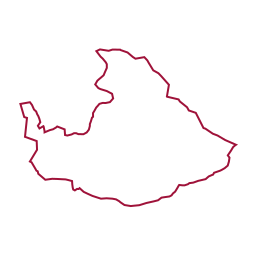 the district of Riyom, Plateau, Nigeria, rotated 273°
{"feature_id": "59680162B48237076936000", "entity_name": "Riyom", "entity_type": "district", "adm_level": 2, "iso_a3": "NGA", "parent_name": "Nigeria", "parent_adm1": "Plateau", "projection": "robinson", "projection_center": [8.695, 9.582], "detail": "fine", "context": "isolated", "style": "outline", "palette": "rose", "viewbox_px": 256, "rotation_deg": 273, "n_neighbors": 0, "source": "geoboundaries", "source_scale": "gbopen_adm2", "svg_char_len": 2115}
<svg xmlns="http://www.w3.org/2000/svg" viewBox="0 0 256 256"><g transform="rotate(273 128 128)"><path d="M61.8,173.0L63.0,175.0L65.0,176.3L66.9,178.4L70.4,180.3L73.2,181.7L73.8,182.1L73.6,185.4L73.7,187.5L75.0,190.8L76.2,192.2L76.4,193.7L76.6,194.5L76.8,195.8L77.1,196.6L78.9,200.9L81.0,208.2L82.0,209.2L83.9,211.2L85.5,214.4L85.9,215.4L87.8,216.3L89.9,221.5L90.1,222.0L90.9,223.5L92.9,226.6L95.6,229.5L95.8,229.6L98.8,230.3L99.5,230.5L102.6,230.8L103.7,230.9L105.9,229.1L110.7,232.0L112.6,233.0L114.5,234.0L116.4,236.0L116.9,236.7L121.1,225.6L125.2,217.8L126.7,213.1L131.4,205.3L131.9,203.4L146.7,194.9L148.7,187.8L151.8,185.9L157.2,178.4L159.2,177.0L161.3,165.3L161.4,165.2L173.3,166.6L181.6,158.4L184.3,155.5L186.9,150.2L194.4,145.1L196.5,143.8L199.6,140.6L197.6,131.8L199.2,129.1L203.4,123.6L205.5,116.4L205.8,116.1L205.5,108.4L204.2,105.0L204.1,104.5L205.0,95.9L203.1,92.4L200.5,94.6L197.8,96.9L196.0,99.1L192.4,102.4L190.6,103.5L186.9,103.7L182.2,101.9L179.4,100.9L176.5,97.9L175.6,96.9L173.6,94.9L169.8,93.0L166.3,96.3L165.4,98.5L164.6,101.7L163.8,104.9L161.3,110.3L156.7,111.6L152.9,108.6L151.8,104.4L151.7,101.3L150.6,98.2L148.6,96.7L146.9,95.3L146.8,95.2L143.5,93.6L141.1,92.3L137.4,92.5L136.4,91.5L132.7,90.6L129.9,89.7L128.0,89.8L124.3,89.0L121.4,87.0L119.5,83.9L119.4,81.8L119.3,78.7L120.1,76.5L120.0,74.4L118.6,72.0L117.3,67.8L117.7,65.5L123.3,64.8L125.8,57.2L124.8,56.2L122.8,53.2L121.8,50.1L120.8,48.0L119.3,44.9L120.7,44.8L125.2,43.6L125.4,43.4L122.9,39.6L125.5,37.9L129.2,40.1L132.5,39.0L135.2,37.8L137.0,36.6L139.7,35.4L141.5,33.2L146.0,30.9L148.6,28.7L146.4,19.3L133.5,23.8L132.8,26.6L113.8,25.6L110.2,37.5L101.5,38.3L89.4,31.8L88.7,33.5L81.9,38.0L81.2,38.4L80.6,38.8L80.0,40.1L77.6,40.8L72.0,48.1L73.3,55.0L73.4,60.0L73.4,68.4L72.9,71.1L72.1,74.9L68.8,75.3L65.7,75.9L63.7,76.5L62.9,78.2L64.5,80.3L64.5,81.9L65.4,82.8L61.9,87.1L60.1,91.5L58.3,96.1L56.0,104.7L56.7,110.3L56.6,116.1L56.1,119.8L54.4,123.1L53.5,124.2L51.2,128.0L50.9,128.5L50.2,134.9L50.6,137.3L51.5,143.3L54.1,150.4L56.1,157.6L57.4,161.8L60.2,165.1L60.7,167.4L61.8,173.0Z" fill="none" stroke="#9f1239" stroke-width="2"/></g></svg>